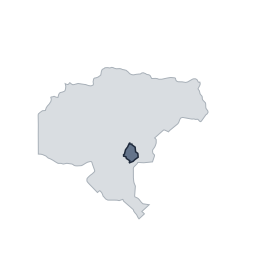 location of Fangak, Jonglei, South Sudan, rotated 138°
{"feature_id": "79223893B14796875108361", "entity_name": "Fangak", "entity_type": "district", "adm_level": 2, "iso_a3": "SSD", "parent_name": "South Sudan", "parent_adm1": "Jonglei", "projection": "robinson", "projection_center": [30.661, 9.044], "detail": "fine", "context": "in_parent", "style": "filled", "palette": "slate", "viewbox_px": 256, "rotation_deg": 138, "n_neighbors": 0, "source": "geoboundaries", "source_scale": "gbopen_adm2", "svg_char_len": 3843}
<svg xmlns="http://www.w3.org/2000/svg" viewBox="0 0 256 256"><g transform="rotate(138 128 128)"><path d="M192.5,190.4L186.4,197.4L185.9,197.9L185.2,198.4L182.7,198.4L180.1,198.1L177.7,196.3L175.3,197.7L173.8,198.1L172.9,198.3L170.7,198.5L167.7,199.3L166.3,200.2L165.6,200.9L165.0,202.3L164.7,202.5L164.1,202.3L163.3,201.7L161.7,201.0L160.9,199.2L160.2,198.2L159.6,197.6L157.0,199.3L155.8,199.7L154.7,199.7L152.9,198.7L150.8,197.9L149.8,197.9L148.2,198.9L146.4,200.5L145.5,202.0L145.0,203.0L144.4,201.5L143.8,200.7L142.9,200.3L141.2,200.7L140.8,200.2L140.7,199.0L140.4,197.9L140.0,197.0L138.7,196.2L135.3,194.5L132.6,191.2L131.3,189.6L130.4,188.6L129.0,186.0L127.4,184.1L125.5,183.3L124.3,183.7L123.0,185.7L120.6,187.5L119.5,187.5L118.0,186.6L116.3,185.9L113.0,185.5L111.7,186.4L110.0,187.8L108.5,188.6L107.6,188.7L106.7,188.4L105.8,188.2L104.9,188.2L103.2,186.9L102.3,186.0L101.7,185.1L100.8,184.5L99.6,184.0L98.8,183.1L98.4,182.1L97.8,180.9L96.9,179.7L94.3,177.6L93.5,176.4L93.0,175.2L91.9,173.8L90.8,172.1L90.4,169.5L90.4,167.4L90.1,166.4L89.7,165.5L89.1,164.6L88.2,163.7L86.0,162.4L83.8,160.8L82.8,159.9L80.8,159.6L79.6,158.7L78.6,156.7L78.2,155.2L77.2,154.0L76.7,153.1L76.5,152.1L77.3,149.0L76.1,147.9L74.4,146.5L73.1,144.9L72.4,143.5L70.2,141.6L65.3,138.8L62.5,137.0L61.0,135.4L59.6,133.8L59.5,133.1L60.4,131.6L60.5,130.3L59.8,128.8L56.9,126.1L54.6,123.2L52.8,122.3L48.6,121.4L47.3,121.1L46.1,120.5L44.8,119.2L44.4,117.6L45.0,115.1L44.6,114.3L43.9,114.1L44.1,113.6L44.9,112.4L46.2,111.6L49.7,110.3L49.9,109.8L50.0,108.3L50.3,107.5L51.5,105.3L51.7,104.4L51.7,102.6L51.9,101.7L52.3,101.1L53.2,100.0L53.6,99.3L53.7,97.9L53.6,95.1L54.1,94.0L56.3,91.4L56.9,90.3L57.1,89.2L57.1,88.2L57.3,87.2L57.9,86.2L58.5,85.9L60.1,85.5L61.2,85.7L69.0,84.0L69.9,84.2L70.3,85.3L70.2,86.9L70.3,87.7L70.8,88.3L72.0,89.1L72.8,90.4L73.3,90.9L74.5,91.8L80.3,99.3L81.9,100.1L83.5,99.8L86.6,98.2L88.2,97.8L99.1,98.3L100.4,98.0L102.1,101.9L102.9,102.7L114.9,102.8L114.7,101.7L114.8,100.5L116.9,98.2L117.2,97.9L119.1,96.8L120.9,96.0L124.4,95.2L125.7,93.8L126.4,92.6L126.4,90.1L126.9,89.7L127.7,89.1L131.7,86.9L132.4,86.4L139.5,91.6L143.5,95.6L143.8,95.8L144.0,95.9L144.4,95.6L144.8,95.4L146.5,95.3L149.8,95.1L150.8,94.7L157.3,87.4L159.0,85.1L159.4,84.6L160.3,83.0L161.3,80.2L161.5,79.8L168.6,73.0L168.9,72.5L168.9,72.1L167.9,69.8L167.6,68.6L167.6,66.9L167.8,64.1L167.7,62.3L167.6,61.8L167.6,61.7L163.6,56.8L173.6,56.7L173.6,56.1L173.6,55.9L173.4,55.3L173.3,54.5L173.3,54.0L173.3,53.6L173.3,53.4L173.3,53.2L180.6,53.1L180.5,54.6L179.6,57.9L179.6,59.9L179.4,62.1L179.2,62.8L178.8,63.4L178.7,63.6L178.7,63.9L180.2,76.6L180.1,77.1L179.7,77.9L179.6,78.2L179.6,78.4L179.7,78.5L183.1,79.9L183.2,80.0L183.3,80.1L184.5,81.8L191.1,87.8L191.3,88.1L192.0,90.0L192.1,90.3L192.1,90.7L192.1,91.1L191.9,92.2L192.0,92.7L192.1,93.1L192.2,93.5L192.1,93.9L191.2,96.1L190.8,97.6L190.8,98.9L190.8,99.7L190.9,100.2L191.0,100.4L193.9,100.5L193.9,101.1L194.3,112.6L194.3,113.9L194.2,115.5L193.9,116.2L193.1,117.1L192.1,117.9L189.5,118.1L187.4,118.1L185.9,117.9L183.9,117.9L181.9,118.0L181.2,118.7L178.7,124.8L177.9,126.4L177.7,127.3L177.9,127.8L178.9,128.6L181.1,129.7L183.6,130.3L185.5,130.6L186.8,130.9L187.8,131.2L191.3,134.0L192.5,135.3L193.1,136.4L193.3,137.6L193.8,138.8L197.1,142.7L200.2,144.5L201.4,146.5L202.5,147.5L203.6,148.5L204.2,150.1L205.5,154.7L206.4,157.1L207.4,159.1L207.8,162.3L208.5,163.7L209.3,165.5L210.5,167.1L211.8,168.3L212.1,168.6L198.7,183.6L192.5,190.4Z" fill="#d9dde1" stroke="#a8b0b8" stroke-width="1"/><path d="M136.8,115.6L137.4,115.7L140.9,114.2L144.4,113.5L148.1,111.0L149.2,111.1L150.1,110.0L148.8,108.1L149.6,106.4L148.6,102.5L150.0,101.6L150.1,101.1L146.5,99.8L143.8,99.9L140.0,99.5L138.3,101.7L137.7,102.6L138.3,105.2L135.5,109.0L135.7,109.8L136.3,112.8L135.9,113.4L137.2,114.7L136.8,115.6Z" fill="#64748b" stroke="#1e293b" stroke-width="1.5"/></g></svg>